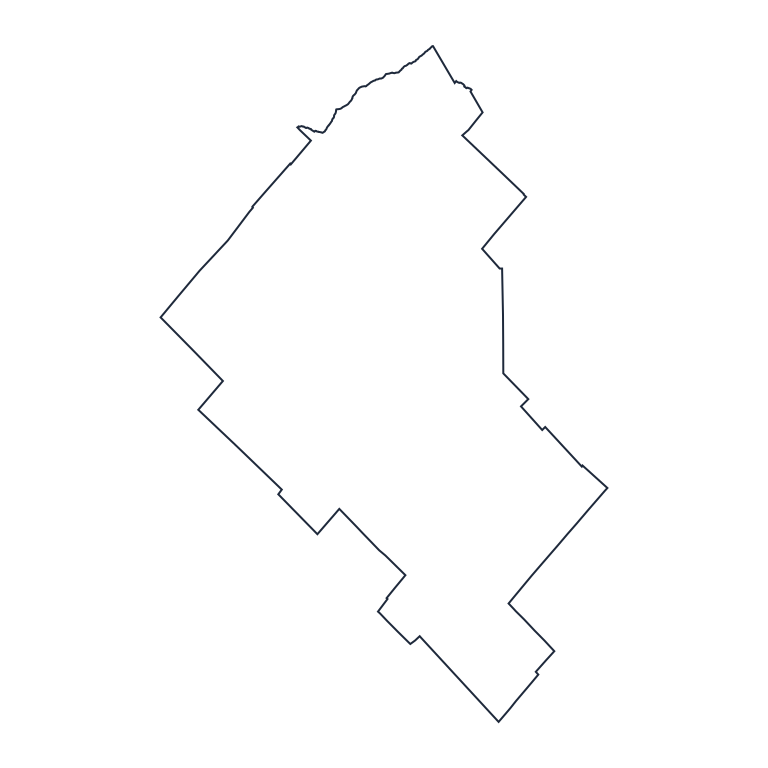 the district of Cañuelas, Buenos Aires, Argentina
{"feature_id": "61730980B51566599298610", "entity_name": "Cañuelas", "entity_type": "district", "adm_level": 2, "iso_a3": "ARG", "parent_name": "Argentina", "parent_adm1": "Buenos Aires", "projection": "equal_earth", "projection_center": [-58.695, -35.156], "detail": "fine", "context": "isolated", "style": "outline", "palette": "slate", "viewbox_px": 768, "rotation_deg": 0, "n_neighbors": 0, "source": "geoboundaries", "source_scale": "gbopen_adm2", "svg_char_len": 5123}
<svg xmlns="http://www.w3.org/2000/svg" viewBox="0 0 768 768"><path d="M391.9,72.7L390.6,73.1L389.7,73.4L389.2,73.6L388.3,73.7L387.5,73.9L387.1,73.9L386.1,74.0L385.7,74.4L384.7,75.9L382.9,77.8L382.4,78.0L381.6,78.4L380.9,78.6L380.6,78.5L379.8,78.5L379.3,78.7L378.5,79.1L377.9,79.3L377.5,79.4L376.3,79.5L375.5,80.0L375.0,80.5L374.2,80.6L373.2,81.0L371.8,81.8L371.3,82.0L370.4,82.6L369.3,83.6L368.2,84.5L367.0,85.3L366.6,85.7L366.3,86.1L365.5,86.4L365.0,86.2L364.5,86.2L364.2,86.2L363.9,86.3L363.1,86.4L362.6,86.5L361.6,86.7L361.5,86.8L360.1,87.4L358.9,88.2L357.8,89.5L356.9,90.4L356.6,91.0L356.4,91.6L356.2,92.0L355.7,93.3L355.2,93.8L354.6,94.6L354.0,95.0L353.5,95.5L353.2,95.8L352.8,96.4L352.5,97.1L352.4,97.4L352.5,98.0L352.1,98.5L351.8,99.5L351.1,100.5L350.5,101.3L349.9,101.7L349.2,102.7L348.0,104.2L346.3,105.3L345.4,105.7L344.9,106.0L344.5,106.2L344.0,106.5L343.3,106.8L342.6,107.2L341.6,108.1L341.0,108.5L340.0,108.9L338.9,109.1L336.7,109.3L336.3,109.4L336.1,110.0L336.0,111.4L335.8,112.2L335.7,112.7L335.6,113.0L335.5,113.3L335.4,113.5L335.2,113.8L335.0,114.1L334.8,114.2L334.7,114.4L334.5,114.7L334.3,115.0L334.1,115.3L334.1,115.8L334.1,116.3L334.0,116.6L334.0,116.8L333.9,117.3L333.6,117.9L333.4,118.1L333.1,118.3L332.9,118.4L332.8,118.8L332.5,119.0L332.3,119.4L332.1,120.1L332.0,120.8L331.8,121.2L331.5,121.5L331.2,121.9L331.1,122.1L330.8,122.5L330.5,123.0L330.2,123.4L329.9,123.8L329.7,124.2L329.4,124.5L329.1,124.7L329.0,125.1L328.7,125.5L328.4,125.6L328.1,126.0L327.9,126.3L327.6,126.7L327.2,127.2L326.8,128.0L326.6,128.5L326.4,129.0L326.1,129.6L325.5,130.1L325.2,130.5L325.0,131.0L324.9,131.3L324.5,131.6L324.2,131.7L324.0,131.9L323.6,132.1L323.1,132.5L322.6,132.8L322.2,132.8L321.9,132.6L321.6,132.4L320.8,132.3L320.3,132.2L319.8,132.0L319.3,132.0L318.8,132.0L318.4,131.7L317.7,131.7L317.1,131.6L316.7,131.3L316.3,131.0L315.9,130.9L315.4,130.8L315.1,130.9L314.9,131.3L314.7,131.5L314.4,131.7L314.0,131.5L313.5,131.2L313.1,130.9L312.6,130.6L312.1,130.3L311.7,130.0L311.2,129.7L311.1,129.2L310.7,129.0L310.0,128.8L309.4,128.8L309.0,128.4L308.7,128.1L308.2,127.9L307.8,127.8L307.4,127.6L307.0,127.7L306.7,127.9L306.2,128.0L305.8,127.9L305.6,127.6L305.3,127.5L304.8,127.3L304.4,127.2L304.0,126.7L303.6,126.5L303.0,126.5L302.5,126.5L302.2,126.3L301.8,126.1L301.4,126.1L300.8,126.4L300.1,126.6L299.5,126.7L299.0,126.5L298.6,126.4L298.2,126.8L297.9,127.1L297.4,127.4L300.0,130.2L310.9,140.6L290.8,164.4L290.2,163.6L265.9,191.2L252.7,206.3L252.3,206.9L252.9,207.7L249.4,211.8L227.8,240.5L199.6,270.7L178.3,296.1L160.6,317.4L193.9,351.2L222.9,381.0L198.3,409.8L236.3,445.8L281.8,489.6L278.3,494.3L317.4,534.2L339.3,508.9L355.1,525.2L362.7,533.2L379.2,550.3L385.4,555.5L405.4,575.2L394.9,587.9L386.6,598.1L387.5,599.0L378.0,611.6L379.9,613.3L387.3,621.1L397.9,631.8L410.3,644.0L415.1,640.5L419.7,636.2L421.3,638.0L498.6,721.9L506.4,712.8L510.3,708.2L516.0,701.0L527.9,687.0L538.3,674.6L535.8,671.8L546.2,660.1L554.3,651.2L544.4,640.5L534.7,630.7L524.2,619.5L515.7,611.1L513.9,609.1L508.6,603.5L512.8,598.4L522.0,587.3L531.9,575.4L539.3,566.8L551.5,552.7L558.0,545.2L567.6,533.9L576.8,523.4L580.1,519.5L588.9,509.2L604.5,491.2L607.4,488.0L582.5,465.5L581.8,466.6L545.2,427.0L542.2,430.0L521.0,406.4L528.3,399.1L503.3,373.4L503.2,343.6L503.0,315.0L502.1,268.5L499.6,268.5L482.1,248.8L494.3,233.9L526.1,196.9L523.7,194.6L523.8,194.0L498.5,169.8L462.3,135.4L466.7,131.5L468.4,130.1L476.2,120.3L482.6,112.4L470.5,91.5L471.6,89.9L471.3,89.6L471.2,89.5L470.9,89.2L470.6,88.8L470.3,88.7L469.9,88.6L469.6,88.5L469.4,88.4L469.1,88.2L468.7,88.1L468.4,88.1L468.2,87.9L467.7,87.7L467.3,87.7L467.0,87.9L466.8,88.1L466.4,88.2L466.2,88.1L466.0,87.9L465.8,87.6L465.6,87.4L465.4,87.2L465.1,87.1L464.9,87.0L464.5,86.8L464.3,86.6L464.2,86.3L464.3,86.1L464.5,86.0L464.5,85.7L464.4,85.5L464.2,85.3L464.0,85.0L463.7,84.8L463.6,84.6L463.4,84.4L463.1,84.1L462.7,83.9L462.3,83.7L462.0,83.4L461.6,83.1L461.3,82.9L461.0,82.8L460.7,82.8L460.3,82.6L460.0,82.6L459.7,82.8L459.3,82.9L459.0,82.8L458.8,82.6L458.6,82.6L458.3,82.5L457.8,82.2L457.4,82.1L457.2,81.9L456.7,81.5L456.4,81.3L456.2,81.1L454.7,83.0L433.0,46.1L432.6,46.1L432.1,46.3L431.6,46.9L431.0,47.4L430.5,47.9L430.2,48.3L429.7,48.7L429.5,49.1L429.2,49.2L429.0,49.3L428.6,49.5L427.9,50.0L427.4,50.7L427.0,51.0L426.2,51.4L425.9,51.5L425.4,51.8L425.3,52.0L424.8,52.5L424.2,53.4L423.8,53.7L422.6,54.6L421.7,55.5L421.2,55.8L419.9,56.5L419.4,56.8L418.9,57.4L418.2,58.5L417.5,59.3L416.8,59.6L416.3,59.8L415.9,60.3L415.7,60.9L415.4,61.2L415.1,61.4L414.5,61.5L414.0,61.7L413.5,62.0L413.0,62.2L412.6,62.4L412.3,62.7L412.0,63.0L411.8,63.2L411.6,63.4L411.3,63.6L411.0,63.6L410.5,63.3L410.2,63.2L409.8,63.1L409.6,63.1L409.4,63.1L409.1,63.3L408.8,63.7L408.4,63.8L408.1,64.1L407.7,64.5L407.3,64.9L406.9,65.1L406.5,65.4L406.1,65.7L405.5,65.9L405.0,66.0L404.6,66.2L404.2,66.5L403.8,66.8L403.5,67.2L403.2,67.6L402.9,68.1L402.6,68.4L402.2,68.5L401.9,68.8L401.7,69.1L401.5,69.6L401.1,70.0L400.8,70.2L400.4,70.5L399.7,71.2L399.5,71.4L398.9,72.1L398.6,72.4L397.0,72.6L396.6,72.6L396.3,72.7L395.8,72.7L395.1,73.0L394.3,73.2L392.8,72.9L392.0,72.9L391.9,72.7Z" fill="none" stroke="#1e293b" stroke-width="2"/></svg>